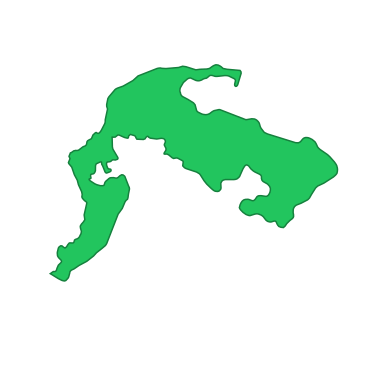 Adygey, orthographic projection, rotated 292°
{"feature_id": "RUS-2279", "entity_name": "Adygey", "entity_type": "Republic", "adm_level": 1, "iso_a3": "RUS", "parent_name": "Russia", "parent_adm1": "", "projection": "orthographic", "projection_center": [39.851, 44.472], "detail": "fine", "context": "isolated", "style": "filled", "palette": "green", "viewbox_px": 384, "rotation_deg": 292, "n_neighbors": 0, "source": "natural_earth", "source_scale": "10m", "svg_char_len": 6016}
<svg xmlns="http://www.w3.org/2000/svg" viewBox="0 0 384 384"><g transform="rotate(292 192 192)"><path d="M179.0,64.6L182.7,64.6L183.4,65.4L185.8,66.9L187.0,68.6L187.3,69.7L188.2,71.1L193.1,74.0L194.9,75.9L196.4,76.4L199.4,75.8L200.3,76.0L201.6,76.9L203.4,78.5L204.1,78.8L207.7,78.8L210.5,80.1L211.1,80.6L211.3,81.1L211.0,82.3L211.2,83.0L211.8,83.8L213.7,84.5L215.3,84.8L222.9,85.5L224.4,85.3L226.5,84.5L237.3,82.6L239.5,80.8L241.2,80.1L247.1,79.0L249.1,79.3L258.2,82.3L259.3,83.0L260.5,84.1L264.4,88.5L273.2,95.5L279.4,98.5L293.5,113.4L294.3,114.6L295.1,116.1L295.4,117.8L296.7,121.6L302.4,132.9L305.1,136.2L305.9,139.5L306.7,149.8L308.7,153.3L311.6,159.7L313.1,161.9L316.5,164.1L317.8,165.2L318.9,166.5L319.2,167.5L319.5,168.8L319.3,171.0L319.0,172.3L318.2,174.5L318.9,178.5L322.7,191.0L321.8,192.4L320.4,193.1L308.5,194.2L307.5,194.0L306.7,193.6L306.3,192.9L306.6,191.9L307.3,191.4L308.3,191.1L311.4,190.6L312.2,190.1L312.7,189.4L312.9,188.4L313.3,182.7L313.2,181.7L312.8,180.3L312.2,178.7L308.5,171.8L307.9,170.1L307.6,166.9L307.2,165.8L306.6,164.8L303.9,163.4L302.9,162.7L302.1,161.4L301.2,160.3L299.5,159.0L298.5,157.9L297.7,156.8L297.1,155.1L296.9,153.7L297.2,147.9L296.5,146.7L295.3,145.5L290.3,143.0L284.8,142.2L283.3,142.2L281.0,142.9L279.4,144.3L278.3,144.9L277.0,147.1L276.3,153.8L275.2,160.0L274.0,162.2L269.2,165.8L268.7,166.6L268.3,167.8L268.0,171.8L268.2,173.5L268.8,175.7L269.4,176.8L270.0,177.7L271.2,178.9L274.3,180.8L275.7,182.0L278.5,186.1L278.8,187.0L279.2,214.7L279.6,215.6L282.3,220.0L283.1,222.6L283.1,223.7L282.9,225.0L282.2,226.8L281.6,227.8L281.0,228.6L278.2,230.8L277.0,232.1L274.7,236.0L274.3,236.9L274.1,240.3L276.5,269.5L277.4,272.1L278.4,273.1L279.4,273.8L282.3,274.7L283.6,275.3L284.6,276.3L285.1,277.0L285.7,278.7L285.9,279.9L285.9,281.4L285.7,283.7L285.1,285.7L284.5,287.4L283.1,289.2L280.8,291.6L280.1,292.9L279.4,294.8L277.4,303.7L276.3,306.6L273.2,312.8L271.9,314.8L270.8,316.2L268.7,317.8L267.1,318.6L265.4,319.1L263.5,319.4L261.5,318.8L258.9,317.5L249.7,311.0L244.6,306.3L242.1,305.1L234.5,303.7L230.6,303.2L229.2,302.7L228.0,302.1L222.5,297.4L218.9,293.6L217.0,292.6L215.3,292.3L213.8,292.4L211.0,293.4L208.9,294.7L207.2,295.4L206.1,295.4L204.7,294.9L202.4,293.5L198.2,291.7L195.3,291.1L193.3,290.1L192.6,287.6L192.6,286.6L192.6,285.4L193.4,283.9L194.1,283.0L196.0,281.0L196.2,280.1L195.8,279.0L194.1,276.9L193.7,276.3L193.3,275.0L193.1,273.3L193.3,272.1L193.7,270.9L195.8,267.4L196.2,266.2L196.5,264.8L196.5,262.4L196.3,261.0L195.9,259.9L195.0,258.5L191.9,254.7L191.7,254.3L191.5,253.4L191.4,251.5L191.4,250.5L192.2,247.0L193.6,243.8L194.4,242.6L195.2,241.8L198.1,241.4L200.3,241.5L202.4,242.0L204.0,242.9L205.1,244.2L206.2,246.6L206.4,247.6L206.5,250.7L206.7,251.7L207.2,252.4L207.9,252.9L208.8,253.3L212.0,254.0L212.8,254.5L213.4,255.1L214.2,256.7L214.5,257.5L215.6,262.0L216.0,262.8L216.6,263.4L217.5,263.9L218.5,264.2L220.7,264.4L222.6,264.1L224.3,263.5L225.0,263.1L226.3,261.8L227.1,260.3L227.7,259.0L228.3,254.3L228.7,253.2L229.2,252.4L230.6,251.3L232.2,250.7L232.9,250.1L233.5,249.3L233.8,247.7L234.1,242.9L234.5,240.8L235.5,237.9L237.4,234.8L237.6,233.7L237.6,232.4L236.8,231.7L236.0,231.2L232.7,230.6L224.0,230.3L221.4,229.1L220.2,227.9L219.2,226.2L216.0,218.2L214.9,216.7L214.3,216.2L213.4,215.7L211.4,215.4L210.5,215.6L206.6,217.4L205.4,217.6L204.6,217.4L203.1,216.8L202.2,215.8L201.9,215.0L201.5,213.6L201.4,212.4L201.8,210.6L202.5,208.5L204.9,202.6L207.0,198.9L211.1,193.2L211.7,192.0L212.2,188.8L211.5,177.7L211.7,175.9L212.8,173.6L216.8,172.5L217.3,171.9L217.5,170.8L218.0,166.2L217.9,165.4L217.6,164.5L216.2,162.4L216.3,160.9L217.7,156.4L217.8,154.6L216.9,152.5L216.8,152.0L217.1,151.7L217.9,151.6L220.7,152.1L222.0,151.9L222.8,151.4L225.1,148.8L225.9,148.5L228.1,148.6L229.1,148.3L230.0,147.6L230.4,147.0L230.7,146.4L230.8,145.4L230.3,143.4L227.9,139.4L226.3,133.1L226.6,131.2L227.0,130.8L227.1,130.3L226.9,129.7L225.4,128.8L223.8,128.6L222.5,127.3L220.3,121.1L221.3,119.7L222.2,118.9L222.6,118.1L222.7,117.4L222.3,113.3L220.3,112.3L218.6,112.6L218.1,112.5L217.7,111.9L217.3,109.3L217.3,107.8L217.5,103.2L217.3,102.5L216.9,101.8L214.1,100.2L212.9,97.4L204.0,101.3L202.1,102.6L196.2,110.3L195.3,110.8L194.9,110.8L194.3,110.5L193.0,109.0L192.2,106.6L191.6,106.0L189.9,105.2L189.2,104.3L188.1,102.3L187.5,102.0L186.6,102.0L185.2,102.6L184.4,103.2L183.0,104.5L182.3,105.5L182.2,106.1L182.6,107.6L182.6,108.1L182.0,108.8L180.8,108.9L179.9,108.3L177.8,106.0L177.5,105.5L177.5,105.0L178.0,103.9L182.7,99.4L183.9,97.9L185.8,96.9L185.9,96.5L185.4,95.6L182.3,92.7L181.5,92.6L180.2,92.7L175.5,94.5L173.6,94.5L172.4,94.1L171.9,93.7L170.7,91.9L170.1,91.6L168.8,92.0L167.3,93.0L166.8,93.1L166.4,92.9L165.8,92.0L165.4,91.8L164.9,92.0L164.3,93.2L163.2,98.7L163.1,100.9L163.5,104.5L164.4,106.8L165.0,107.7L165.4,107.9L168.4,107.7L169.8,108.1L173.5,110.0L174.4,110.7L175.0,111.7L175.9,113.8L176.4,116.4L176.8,117.1L177.8,118.0L180.1,119.1L181.1,119.9L181.6,120.3L182.0,121.6L181.6,123.2L181.3,123.9L173.2,131.5L172.9,132.0L171.4,132.9L166.5,133.8L162.6,134.8L161.0,134.9L160.2,134.3L159.1,133.9L157.6,133.6L150.6,133.5L143.8,131.8L112.1,132.2L110.0,131.8L106.4,129.9L99.9,126.2L95.8,124.7L88.3,120.4L81.6,114.8L76.6,111.5L74.3,109.4L73.1,108.9L72.3,108.7L71.1,109.0L66.9,109.5L65.5,109.3L62.7,108.2L62.2,107.7L61.7,107.0L61.4,105.5L61.3,104.4L61.6,100.6L63.2,91.2L66.3,93.2L66.9,94.7L67.4,95.2L68.4,95.6L70.9,95.4L74.1,95.5L77.5,97.0L78.2,97.1L78.9,97.0L79.5,96.5L79.9,95.8L81.1,93.0L81.8,92.0L82.5,91.2L84.6,90.1L85.7,89.7L89.9,89.1L90.7,89.2L91.6,89.5L92.9,90.4L93.2,91.2L93.3,91.8L92.7,93.5L92.5,95.2L94.1,96.2L96.6,96.6L98.7,97.3L99.1,97.9L99.9,100.2L100.5,101.1L101.4,101.3L103.4,101.1L104.3,101.6L105.9,103.4L107.6,104.3L112.0,104.7L114.1,104.2L116.9,102.0L118.5,101.2L120.7,101.5L123.5,102.5L126.2,103.0L130.3,100.6L141.8,98.7L142.9,98.3L143.4,97.1L143.7,95.7L144.5,93.9L145.5,92.3L146.3,91.7L148.6,91.1L150.9,89.6L156.2,84.0L160.0,81.2L163.9,76.5L170.0,71.2L172.2,67.1L173.0,66.4L177.2,66.4L179.0,64.6Z" fill="#22c55e" stroke="#15803d" stroke-width="1.5"/></g></svg>